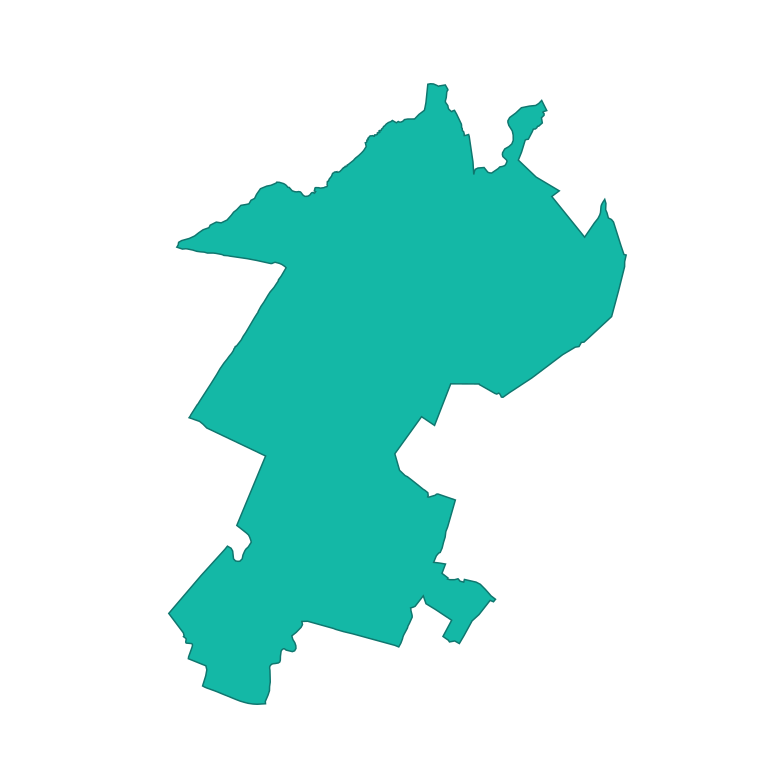 the district of Dragomiresti, Dâmbovita, Romania, rotated 75°
{"feature_id": "2599482B73511430354191", "entity_name": "Dragomiresti", "entity_type": "district", "adm_level": 2, "iso_a3": "ROU", "parent_name": "Romania", "parent_adm1": "Dâmbovita", "projection": "equal_earth", "projection_center": [25.352, 44.9], "detail": "fine", "context": "isolated", "style": "filled", "palette": "teal", "viewbox_px": 768, "rotation_deg": 75, "n_neighbors": 0, "source": "geoboundaries", "source_scale": "gbopen_adm2", "svg_char_len": 6170}
<svg xmlns="http://www.w3.org/2000/svg" viewBox="0 0 768 768"><g transform="rotate(75 384 384)"><path d="M366.1,581.0L372.4,571.8L376.0,569.2L380.6,566.6L422.9,517.0L482.5,562.8L492.4,555.4L494.8,553.9L497.2,553.4L500.6,553.1L502.5,553.2L506.2,557.2L507.8,560.2L509.2,561.7L512.7,564.5L516.2,566.2L517.9,569.2L517.4,571.2L516.5,573.2L513.9,574.6L506.2,573.4L503.1,574.2L500.1,577.2L502.6,580.6L521.7,610.3L549.9,651.3L572.5,642.2L575.5,642.3L576.1,643.1L578.5,641.2L579.4,641.2L581.9,642.3L582.7,642.3L583.1,642.0L584.9,637.1L585.3,636.7L586.0,636.5L587.0,636.7L588.5,637.5L596.9,643.3L598.7,644.1L610.1,629.0L614.2,629.1L619.7,631.7L628.7,637.4L630.4,635.6L632.1,633.4L636.6,626.9L650.3,608.8L653.0,605.1L655.4,601.2L657.3,597.8L659.2,593.4L660.5,589.4L662.2,581.2L659.9,580.8L654.6,576.6L650.6,574.0L646.6,572.8L642.4,571.0L631.2,568.3L628.8,568.0L627.2,567.4L626.2,566.2L625.6,565.0L625.5,563.6L625.9,560.9L626.1,558.2L625.5,556.6L623.9,555.6L620.2,554.5L615.6,552.6L614.6,551.8L613.7,549.7L613.9,548.8L615.7,547.4L618.8,541.8L618.6,539.4L616.7,537.5L614.0,536.9L610.8,537.1L607.1,538.2L603.4,538.2L601.2,533.1L597.6,527.1L595.3,525.0L592.1,524.8L593.4,519.2L607.1,496.0L608.4,494.3L612.7,487.2L617.2,478.9L639.3,441.1L641.8,437.8L638.7,434.8L635.1,432.2L633.1,431.1L631.4,429.8L625.9,424.6L623.9,423.4L622.0,421.6L616.5,417.1L614.6,416.7L609.7,416.6L608.2,416.3L607.2,416.3L607.1,413.6L606.8,411.5L598.8,400.9L607.1,400.3L615.2,392.6L629.7,379.8L643.1,392.4L648.1,388.2L650.1,387.5L650.5,382.2L654.2,378.4L647.7,371.8L635.6,360.2L631.3,351.9L620.5,337.5L622.7,334.6L620.8,332.0L616.4,335.4L608.9,339.1L602.4,342.8L599.2,346.3L593.6,356.9L596.0,358.3L594.2,361.5L591.3,362.9L591.3,366.4L590.1,371.0L588.8,373.2L587.9,372.4L581.9,377.0L573.8,371.2L571.5,376.3L569.1,382.2L563.5,377.9L561.5,375.0L561.2,373.3L557.5,370.3L552.4,367.5L547.6,364.5L542.6,362.5L538.5,359.5L514.5,345.1L504.2,360.4L504.0,361.9L504.7,363.2L504.9,369.8L504.3,371.0L503.2,370.2L500.4,369.8L497.3,372.0L495.8,373.4L484.2,381.9L479.6,385.4L478.0,387.3L471.4,391.3L454.2,391.6L425.3,356.2L437.1,345.9L401.1,319.5L408.6,292.1L409.3,292.0L421.8,279.3L422.9,277.7L422.5,275.5L423.8,274.6L427.0,274.0L427.6,272.5L424.7,264.7L416.4,239.6L401.9,203.8L397.9,189.7L398.3,185.9L394.9,182.6L395.3,179.9L377.8,146.7L354.5,133.2L332.9,121.2L328.2,119.9L322.1,116.7L321.0,118.7L311.6,119.3L286.9,120.4L284.0,121.7L281.7,124.3L276.3,124.3L273.1,124.8L267.0,122.9L262.8,123.0L265.0,125.5L266.9,127.3L268.4,128.3L274.4,130.5L276.5,131.8L279.5,134.5L282.8,139.0L294.1,152.2L246.3,173.4L242.8,164.7L223.5,183.5L202.5,196.3L195.6,191.1L185.0,184.5L184.7,183.6L184.9,181.2L178.8,175.6L176.5,173.8L176.8,171.7L176.0,170.0L174.8,169.0L175.0,167.8L172.8,163.5L167.6,163.0L165.9,159.9L164.4,159.4L162.7,160.2L162.2,159.7L162.0,156.0L150.9,158.3L153.1,161.9L154.2,165.4L153.2,171.6L152.7,179.8L156.4,186.7L159.1,193.6L161.8,196.2L163.4,196.6L166.5,196.5L172.7,194.6L177.0,194.8L182.1,196.1L185.2,198.4L187.0,201.9L188.2,206.5L191.3,209.6L193.1,210.3L195.1,210.3L199.3,207.7L200.7,207.5L203.0,209.2L204.3,210.8L204.5,213.4L204.3,216.0L205.5,218.0L208.1,225.5L207.3,227.5L206.3,228.9L200.8,231.3L199.7,237.3L200.2,240.2L202.0,241.6L204.9,243.1L192.6,240.6L166.7,237.6L164.9,237.7L165.0,240.3L164.8,242.2L163.0,241.8L160.9,241.8L159.5,242.7L157.3,242.3L156.0,242.7L155.1,242.3L153.0,242.0L142.1,244.0L137.9,245.1L137.9,245.9L138.0,246.9L138.5,248.0L137.9,248.6L135.6,250.2L134.2,250.5L131.6,250.3L127.8,251.7L126.5,251.5L123.4,249.7L118.2,247.8L117.3,247.1L116.6,246.2L115.9,246.1L111.0,247.4L110.4,253.5L110.6,254.2L109.2,255.7L107.0,258.5L106.0,261.4L105.8,264.1L122.9,270.6L127.5,272.8L130.1,274.2L132.6,280.4L135.9,285.9L134.2,292.5L133.9,295.8L135.1,297.9L135.4,300.0L135.1,301.2L134.1,302.3L134.9,304.4L131.6,307.7L132.3,309.4L132.6,312.3L133.0,313.1L133.4,314.4L135.0,316.8L135.1,317.7L136.4,318.8L137.1,320.3L138.3,321.1L138.0,322.4L138.3,323.3L139.5,322.7L140.1,324.0L139.5,324.5L139.9,325.6L141.1,325.8L141.4,326.6L141.0,328.6L142.1,329.1L142.2,329.5L141.2,330.5L141.1,331.7L140.8,333.1L141.1,333.9L141.9,334.7L142.5,336.0L143.3,335.8L143.9,336.2L143.8,337.1L144.4,337.6L145.2,337.7L146.1,338.4L146.1,339.6L149.7,339.7L150.2,339.9L153.3,343.3L154.9,345.8L156.8,349.3L158.3,352.8L159.2,354.4L160.0,355.4L162.9,362.1L162.9,362.7L163.6,362.9L163.8,363.8L164.1,364.0L164.2,364.4L163.7,364.8L163.8,365.4L164.4,365.6L164.6,366.3L164.5,366.7L164.6,367.3L165.2,367.7L165.2,368.3L166.2,369.5L166.6,370.4L167.4,371.7L167.6,373.6L167.0,375.3L166.7,375.0L166.5,377.1L167.2,378.2L167.2,379.1L169.7,380.9L171.9,383.9L173.7,385.2L173.7,386.2L174.3,386.6L175.2,386.7L176.4,387.3L177.7,387.3L178.6,388.1L178.5,389.9L178.8,391.2L178.3,394.9L177.5,396.2L176.6,399.2L176.8,399.9L177.5,400.3L177.9,400.3L178.9,401.2L179.7,401.1L180.4,400.2L181.3,401.1L181.7,402.1L180.7,402.6L180.5,404.1L181.2,405.5L182.0,406.2L182.8,408.4L182.7,410.1L182.2,412.0L180.3,413.5L177.5,414.6L176.7,415.2L176.0,416.8L175.9,418.4L175.2,420.3L173.6,422.7L169.6,424.7L169.0,426.1L167.8,426.5L166.2,427.4L164.5,429.0L162.1,432.9L161.3,435.4L162.0,436.2L162.8,441.8L162.5,446.0L163.4,452.8L167.8,458.0L171.3,461.0L172.1,464.9L175.0,467.8L174.9,470.5L174.4,476.0L177.6,481.2L179.1,484.8L181.4,487.7L185.0,493.2L186.2,499.6L184.2,504.1L185.6,510.8L187.7,512.6L188.2,518.9L190.0,523.9L192.0,528.6L193.0,534.4L193.1,542.4L194.0,545.7L196.5,546.9L198.2,548.7L201.5,543.8L202.0,540.7L202.5,539.3L205.1,534.1L207.4,530.5L208.9,526.9L210.1,523.5L211.8,520.7L213.3,515.1L214.3,512.6L216.8,507.4L217.5,506.3L218.3,505.5L219.7,501.5L220.5,500.0L227.6,483.5L231.8,474.8L238.2,462.5L238.6,461.1L238.3,459.3L238.2,457.7L240.4,453.8L242.2,451.6L244.9,449.3L246.4,448.5L253.4,455.6L255.3,458.1L256.3,459.2L257.2,459.5L258.0,460.4L258.7,461.3L262.2,465.2L265.5,470.0L268.0,472.8L273.8,478.8L277.1,482.7L281.4,486.8L282.3,487.2L283.0,488.2L286.3,491.8L298.5,504.2L301.4,507.6L304.5,510.5L309.3,516.8L309.2,517.7L309.4,518.1L310.1,518.4L311.1,519.7L312.7,520.8L314.9,523.2L317.1,526.3L319.7,529.5L322.2,533.0L326.8,538.4L331.5,543.1L338.5,550.6L352.8,566.4L355.0,568.7L355.8,569.9L364.0,578.8L364.7,579.3L366.1,581.0Z" fill="#14b8a6" stroke="#0f766e" stroke-width="1.5"/></g></svg>